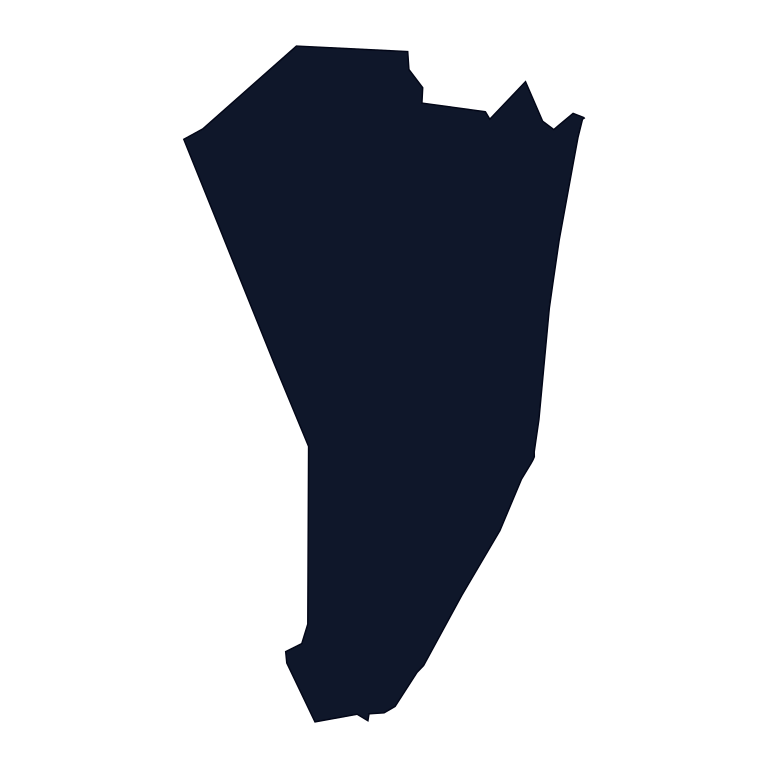 Ocean, New Jersey, United States of America (Albers equal-area conic projection)
{"feature_id": "52423323B31448976404541", "entity_name": "Ocean", "entity_type": "district", "adm_level": 2, "iso_a3": "USA", "parent_name": "United States of America", "parent_adm1": "New Jersey", "projection": "albers", "projection_center": [-74.224, 39.835], "detail": "fine", "context": "isolated", "style": "filled", "palette": "ink", "viewbox_px": 768, "rotation_deg": 0, "n_neighbors": 0, "source": "geoboundaries", "source_scale": "gbopen_adm2", "svg_char_len": 703}
<svg xmlns="http://www.w3.org/2000/svg" viewBox="0 0 768 768"><path d="M367.9,720.7L369.0,713.8L384.1,712.8L395.1,706.4L417.0,672.4L423.6,665.5L461.9,595.1L499.9,530.6L521.5,479.1L530.9,463.6L532.8,460.2L534.0,457.5L534.3,456.7L534.2,451.9L538.9,419.6L549.3,308.3L553.0,282.3L559.2,239.9L573.6,161.1L578.0,137.3L582.5,119.2L584.2,118.1L583.8,117.6L573.1,113.4L558.8,125.3L553.8,129.6L542.6,121.2L525.5,81.7L489.8,119.2L485.4,111.8L421.9,103.1L422.7,87.7L408.9,69.5L407.7,51.6L296.4,46.1L202.8,128.9L183.8,139.3L219.4,227.5L226.7,245.7L274.5,364.2L308.6,446.4L307.8,624.1L301.8,643.6L285.7,651.6L286.8,663.0L315.0,721.9L357.1,714.2L367.9,720.7Z" fill="#0f172a" stroke="#020617" stroke-width="1.5"/></svg>